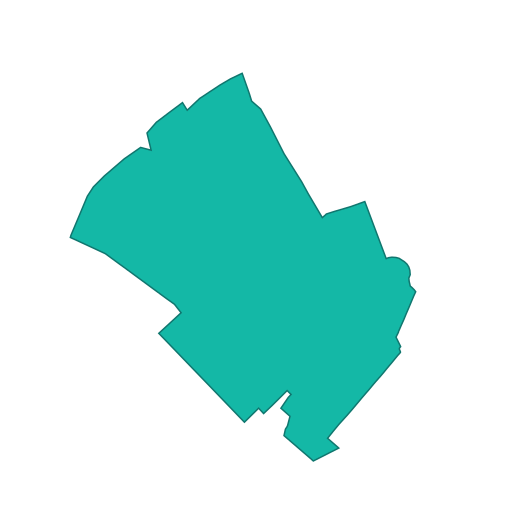 the district of Carna, Dolj, Romania, rotated 123°
{"feature_id": "2599482B28740347601774", "entity_name": "Carna", "entity_type": "district", "adm_level": 2, "iso_a3": "ROU", "parent_name": "Romania", "parent_adm1": "Dolj", "projection": "equal_earth", "projection_center": [23.609, 43.848], "detail": "fine", "context": "isolated", "style": "filled", "palette": "teal", "viewbox_px": 512, "rotation_deg": 123, "n_neighbors": 0, "source": "geoboundaries", "source_scale": "gbopen_adm2", "svg_char_len": 1764}
<svg xmlns="http://www.w3.org/2000/svg" viewBox="0 0 512 512"><g transform="rotate(123 256 256)"><path d="M396.7,96.3L372.0,82.0L371.1,88.0L370.8,90.3L369.9,96.7L362.1,95.9L361.7,95.9L360.1,95.7L352.2,94.8L343.4,93.4L339.8,92.8L334.8,92.1L333.4,91.9L323.7,90.7L317.0,89.9L316.3,89.8L310.4,89.0L307.7,88.6L302.6,88.0L299.2,87.6L298.6,87.5L296.2,87.2L293.7,86.8L291.3,86.5L289.7,86.2L287.2,85.9L284.3,85.5L279.4,85.0L275.3,84.5L271.5,84.0L267.8,83.6L265.2,83.3L262.5,83.0L258.7,82.4L258.1,82.4L257.6,82.8L256.3,84.7L255.7,85.3L254.6,85.5L253.8,85.4L253.3,85.3L252.8,86.0L247.8,94.4L242.5,95.0L241.4,95.4L239.9,95.6L235.3,96.4L228.8,97.4L223.0,98.5L216.5,99.6L203.8,101.9L199.0,102.6L198.2,104.8L197.5,108.0L197.2,110.3L195.8,111.7L193.9,113.7L191.3,115.8L187.7,116.5L184.2,119.2L182.0,121.9L180.6,124.9L180.0,128.3L180.0,134.7L181.0,137.8L183.0,141.4L185.1,143.8L187.3,145.4L154.5,189.8L151.1,194.4L163.3,203.7L175.9,214.5L182.5,219.9L183.7,220.1L187.7,221.3L175.3,246.2L169.0,257.9L155.0,288.1L139.9,314.2L137.9,317.9L130.2,332.1L128.5,344.0L123.4,350.1L110.3,367.1L110.9,367.5L121.4,373.9L127.0,376.7L132.2,379.3L137.5,381.6L142.7,383.9L151.1,387.5L152.2,388.0L153.3,388.5L154.4,389.0L171.2,393.1L167.4,401.2L183.1,407.0L198.1,412.4L212.2,414.4L224.4,401.6L227.8,411.9L246.2,419.4L271.5,426.8L286.6,430.0L297.7,430.0L318.6,426.2L339.3,422.5L341.6,421.8L339.2,405.5L338.2,398.5L336.1,383.6L337.2,364.4L337.2,363.7L340.5,307.2L340.9,298.1L344.4,287.9L373.8,295.4L381.4,262.6L385.4,245.4L389.5,227.6L401.7,175.2L388.6,172.3L382.2,170.9L384.0,163.8L371.8,160.9L351.9,156.6L353.0,151.2L357.0,151.9L370.1,152.2L371.9,140.2L380.6,137.3L381.9,137.0L385.2,137.0L391.4,134.7L395.0,108.3L396.1,100.2L396.7,96.3Z" fill="#14b8a6" stroke="#0f766e" stroke-width="1.5"/></g></svg>